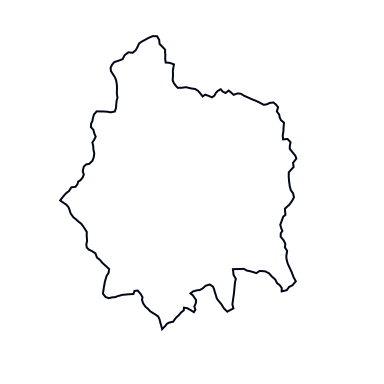 outline of Camanducaia, Minas Gerais, Brazil, rotated 286°
{"feature_id": "56859067B71206053362122", "entity_name": "Camanducaia", "entity_type": "district", "adm_level": 2, "iso_a3": "BRA", "parent_name": "Brazil", "parent_adm1": "Minas Gerais", "projection": "albers", "projection_center": [-46.078, -22.797], "detail": "fine", "context": "isolated", "style": "outline", "palette": "ink", "viewbox_px": 384, "rotation_deg": 286, "n_neighbors": 0, "source": "geoboundaries", "source_scale": "gbopen_adm2", "svg_char_len": 3356}
<svg xmlns="http://www.w3.org/2000/svg" viewBox="0 0 384 384"><g transform="rotate(286 192 192)"><path d="M212.1,82.6L209.1,84.3L205.7,85.5L202.2,87.4L198.3,88.0L194.6,87.7L190.8,85.5L189.3,82.6L186.5,81.0L182.0,81.2L178.9,83.2L175.9,82.9L172.7,81.6L170.7,79.8L167.9,79.7L164.9,78.6L163.2,74.7L159.0,73.5L156.7,71.7L154.0,70.2L150.9,68.9L147.6,67.6L146.4,70.8L145.3,74.4L143.6,77.2L141.4,79.0L138.0,81.2L135.1,84.8L133.6,88.3L132.3,90.9L131.0,94.2L129.0,96.9L126.8,99.4L124.6,101.9L122.0,102.5L119.4,103.4L116.1,104.6L112.3,104.9L109.6,106.2L108.1,108.9L107.7,111.8L106.4,116.1L102.8,118.7L101.3,122.3L99.1,125.5L97.1,129.6L95.1,133.6L91.4,134.1L87.5,133.0L81.9,133.0L76.6,133.5L69.7,134.4L67.2,137.9L67.0,141.3L68.7,144.2L69.7,147.0L71.6,149.6L74.0,153.6L76.0,158.7L77.8,163.8L81.0,164.0L82.3,166.9L79.6,171.1L77.2,173.4L74.5,173.7L71.5,175.7L68.8,179.0L67.5,182.0L65.9,184.5L65.0,187.4L64.2,190.5L63.0,193.8L60.5,196.0L57.6,197.6L55.3,199.1L51.9,201.1L55.6,203.1L58.4,204.2L60.3,206.2L62.1,209.6L66.6,211.2L69.6,213.1L73.2,214.7L75.9,216.7L78.6,216.2L79.0,219.5L78.2,222.9L77.0,226.9L79.9,227.7L82.5,225.8L86.2,226.3L89.2,225.7L91.1,223.5L92.9,221.3L94.1,218.5L96.9,220.6L98.8,223.8L100.0,226.6L102.2,228.8L105.6,230.9L108.0,234.6L106.8,238.2L104.8,239.9L102.5,241.3L99.5,243.3L96.5,245.2L94.8,247.4L92.5,250.8L88.9,254.8L86.7,258.9L88.7,260.9L91.5,263.9L95.1,261.8L106.5,260.2L110.1,259.5L117.2,258.2L120.5,258.1L123.8,254.8L129.1,252.6L132.4,263.1L131.6,266.4L131.9,270.0L131.8,276.3L134.8,278.8L135.9,284.1L135.1,288.4L132.8,292.0L130.8,296.2L127.8,298.9L126.7,301.9L124.5,304.7L121.2,305.6L123.7,310.1L127.5,311.5L129.9,314.2L134.8,316.4L138.0,313.2L142.2,310.1L149.6,303.7L153.7,301.3L156.4,300.3L161.6,299.7L164.4,296.6L167.9,296.0L170.7,293.5L173.5,289.5L176.8,288.7L179.4,289.6L181.6,287.9L184.7,285.9L193.5,286.5L195.7,288.1L201.6,285.9L206.7,289.1L211.3,290.7L215.0,291.5L218.6,289.5L221.0,286.5L224.2,284.5L229.0,282.4L232.9,280.9L237.6,279.6L241.5,281.5L244.0,282.8L247.9,281.1L252.9,283.1L255.3,281.4L258.3,277.1L260.4,274.1L263.4,273.3L267.0,273.0L269.3,269.2L267.7,265.1L271.1,263.7L275.6,263.1L279.9,262.1L284.0,261.3L285.6,257.7L287.8,255.8L290.4,254.5L292.9,251.3L297.2,251.4L299.3,248.4L300.5,245.5L299.0,242.1L297.0,239.9L295.6,237.0L296.6,232.3L297.3,228.0L297.7,223.8L298.3,219.8L298.9,215.4L299.9,212.0L299.4,208.8L296.9,205.2L298.3,202.4L299.6,199.3L296.4,196.9L297.0,193.8L298.7,191.3L296.4,189.0L293.8,187.6L290.8,187.0L288.5,185.1L289.0,181.3L289.2,177.8L286.8,175.9L289.2,172.6L290.9,169.9L291.9,166.6L291.3,162.6L291.1,157.3L289.3,153.3L288.2,149.5L289.7,147.1L291.8,144.4L294.1,142.6L297.1,142.0L300.2,141.2L303.1,140.2L306.4,139.8L309.7,139.5L310.0,134.9L309.2,131.0L313.2,129.3L316.2,128.7L318.7,127.6L321.3,127.0L323.0,124.3L325.4,120.0L329.2,118.5L332.1,115.5L331.0,111.3L329.1,108.9L327.1,106.7L324.7,104.3L322.7,102.2L320.2,100.2L316.7,99.7L312.9,98.9L309.5,96.6L308.7,92.3L304.9,89.5L300.6,88.7L298.3,85.7L295.5,81.5L292.4,80.1L289.0,79.5L285.8,80.8L283.7,83.2L281.4,85.9L279.0,87.9L276.4,89.3L273.6,90.5L270.7,91.4L267.8,92.1L264.9,93.0L262.5,94.3L259.0,94.4L255.5,95.0L251.7,95.8L248.1,95.6L246.2,91.9L245.8,88.3L244.9,84.2L244.1,81.4L243.2,78.1L239.5,76.4L235.5,76.4L232.8,76.7L229.9,76.2L226.6,76.9L224.5,80.1L221.3,82.0L218.6,84.2L215.1,83.5L212.1,82.6Z" fill="none" stroke="#020617" stroke-width="2"/></g></svg>